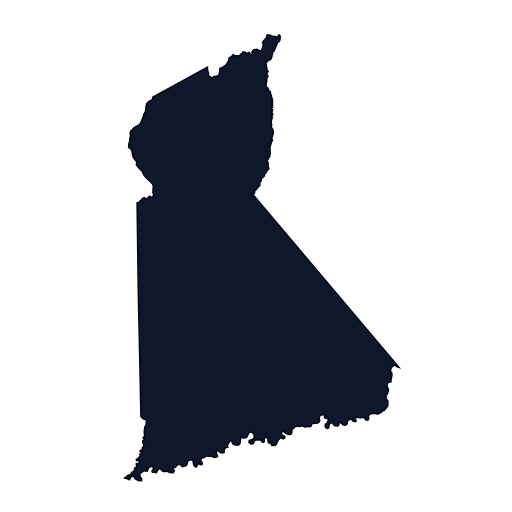 Loncopué, Neuquén, Argentina, rotated 88°
{"feature_id": "61730980B52932124932957", "entity_name": "Loncopué", "entity_type": "district", "adm_level": 2, "iso_a3": "ARG", "parent_name": "Argentina", "parent_adm1": "Neuquén", "projection": "robinson", "projection_center": [-70.351, -38.002], "detail": "fine", "context": "isolated", "style": "filled", "palette": "ink", "viewbox_px": 512, "rotation_deg": 88, "n_neighbors": 0, "source": "geoboundaries", "source_scale": "gbopen_adm2", "svg_char_len": 6063}
<svg xmlns="http://www.w3.org/2000/svg" viewBox="0 0 512 512"><g transform="rotate(88 256 256)"><path d="M36.1,224.6L35.9,225.4L37.7,226.9L38.0,227.6L37.4,228.7L36.9,232.4L35.9,233.9L35.4,237.1L38.4,238.1L41.5,241.1L43.0,242.0L43.7,241.4L46.7,241.7L50.9,243.4L51.7,244.4L50.5,245.8L49.5,248.0L49.9,251.2L52.1,253.0L55.0,252.2L54.3,254.3L52.3,255.8L53.1,257.7L52.8,259.2L52.2,259.4L52.2,260.2L51.5,261.4L51.5,261.8L53.1,262.8L53.6,264.0L54.4,264.4L55.3,266.1L55.0,270.8L53.9,271.7L56.0,273.7L57.1,276.0L60.1,276.4L61.2,277.6L62.8,278.1L63.5,279.2L64.7,280.0L65.3,281.5L66.7,283.0L66.5,283.9L67.4,285.5L73.5,286.4L74.6,288.1L75.3,290.5L75.0,291.0L76.4,294.2L76.3,294.9L75.3,295.4L74.6,296.8L73.9,297.2L71.7,297.1L68.2,298.0L65.6,297.9L93.7,353.7L95.2,353.5L95.9,353.9L97.6,357.4L99.6,359.7L102.6,360.7L107.0,361.1L110.8,363.3L113.1,363.9L119.5,366.8L121.5,369.1L122.3,371.2L124.0,374.0L125.5,375.0L126.5,376.6L127.8,377.3L130.0,377.5L131.0,377.2L131.1,376.7L133.3,377.8L136.9,378.3L139.7,379.2L143.2,379.5L143.6,378.4L145.8,376.6L153.4,375.2L157.9,371.8L160.6,372.4L161.5,371.9L162.1,371.1L164.1,370.0L167.2,366.8L170.6,365.5L172.7,364.1L177.7,359.5L177.8,358.7L178.3,358.7L180.7,356.7L182.6,356.2L189.0,356.9L191.2,356.0L193.6,357.4L193.8,358.6L192.6,359.7L193.1,361.3L195.0,363.0L195.0,363.9L193.8,365.7L194.7,367.8L195.8,368.0L196.7,369.7L198.6,371.4L198.8,373.0L286.6,374.9L412.4,376.6L414.9,374.3L415.4,372.2L417.6,370.7L418.7,371.6L421.1,371.6L423.0,373.1L428.1,373.9L432.2,373.5L433.5,375.2L435.2,374.3L436.0,374.5L436.8,375.6L439.0,375.6L440.6,374.6L442.5,375.0L443.6,376.3L446.2,376.6L446.5,377.0L446.2,377.9L446.5,378.5L447.4,378.7L448.1,377.4L448.7,377.1L449.5,377.5L449.8,378.8L450.3,379.1L451.6,378.5L452.0,378.7L453.3,380.3L454.8,381.4L454.9,382.5L455.6,382.7L456.3,382.5L456.5,382.1L455.8,380.3L456.8,380.1L457.3,379.2L458.5,380.2L459.8,380.4L459.3,382.8L464.2,382.7L464.4,383.2L463.4,384.0L463.6,384.6L466.3,385.1L468.5,388.3L470.1,388.7L470.6,389.6L470.4,391.1L471.9,393.1L472.8,393.5L472.8,394.4L473.2,395.0L474.1,392.4L475.2,390.4L472.4,388.7L471.8,385.5L472.3,385.0L473.9,385.1L475.4,383.1L476.6,380.6L476.5,378.3L475.3,377.9L472.1,379.7L469.5,379.7L466.8,375.7L467.2,372.2L464.3,371.0L462.8,369.2L462.9,366.9L463.9,365.8L464.5,365.7L466.9,367.3L468.0,367.4L468.6,366.8L468.6,364.6L469.1,363.1L466.6,361.8L465.4,360.2L465.0,359.0L467.3,357.4L468.3,355.5L468.0,354.3L468.3,351.7L469.5,349.5L469.7,346.6L468.9,345.7L467.8,345.2L466.5,346.2L465.1,346.3L464.7,345.6L464.6,344.4L463.8,343.4L462.3,342.5L461.5,339.9L462.4,337.9L463.4,337.7L463.9,336.7L463.2,333.7L462.5,332.5L459.6,331.8L458.2,330.8L457.3,327.6L458.3,326.2L462.0,325.6L463.6,324.9L464.8,323.6L464.7,323.2L461.3,320.5L462.8,318.5L462.4,317.2L460.9,316.8L458.5,318.4L456.4,318.2L455.6,314.9L454.2,312.8L454.6,307.5L455.9,304.7L455.2,301.6L454.7,301.4L452.4,302.3L450.3,302.5L448.6,301.2L448.8,300.6L450.0,300.0L451.2,298.4L451.6,296.7L451.4,294.9L447.5,294.1L446.8,293.6L446.1,290.9L444.7,291.1L443.3,290.7L439.7,288.4L440.0,286.9L442.8,285.7L443.5,284.9L444.5,281.7L444.0,279.6L442.4,278.4L437.4,277.9L437.1,276.9L437.4,273.7L437.0,271.8L432.2,269.1L431.8,268.5L431.9,266.7L432.8,265.4L434.1,264.5L436.6,263.8L438.5,264.9L439.7,267.1L439.8,268.6L440.3,269.2L441.9,269.5L443.5,268.1L443.7,266.2L443.4,265.4L440.4,263.7L439.9,262.9L440.0,257.9L441.9,256.5L442.4,255.7L442.4,254.8L441.5,254.2L438.8,254.3L437.9,253.3L437.6,252.3L438.1,251.3L439.3,250.2L440.9,250.5L442.9,250.1L443.3,249.6L443.5,248.0L445.9,246.7L446.0,244.5L445.7,243.4L444.7,242.2L441.3,240.6L439.3,238.8L438.7,237.5L439.7,235.0L439.1,233.9L438.2,233.4L437.1,233.7L436.3,235.5L434.9,236.9L433.5,236.8L432.0,235.5L431.8,234.8L433.0,234.0L434.5,232.1L435.4,230.1L435.5,228.3L435.4,227.5L434.6,226.6L430.7,226.0L428.0,222.9L427.4,220.5L428.0,218.5L427.3,216.3L428.6,212.9L428.7,212.3L427.9,210.8L428.4,209.4L428.2,207.0L426.0,206.5L425.3,204.7L425.1,200.5L424.4,199.0L422.6,198.0L420.6,198.6L418.4,198.1L417.1,196.3L417.1,193.3L417.8,192.9L419.8,193.2L420.5,192.4L421.0,190.1L421.7,189.5L423.1,189.6L425.6,191.0L426.6,192.4L428.4,192.9L430.3,191.9L430.8,191.1L430.7,190.3L430.1,189.2L426.8,188.8L425.3,186.6L425.4,185.3L426.8,184.7L428.5,183.1L428.2,182.2L428.8,180.8L428.5,179.8L427.6,179.1L426.1,179.2L425.2,178.6L426.0,176.8L428.1,174.3L428.1,172.4L426.9,170.8L425.2,170.6L423.7,169.9L422.5,168.0L422.2,166.6L424.5,164.6L425.0,162.5L424.8,161.8L423.5,161.8L421.7,163.0L421.0,162.3L420.8,160.7L421.4,157.1L420.9,155.1L421.6,153.4L423.7,151.8L424.0,150.5L423.8,149.7L422.7,149.1L419.6,149.2L417.8,147.5L417.4,142.9L418.2,140.3L417.9,139.0L416.6,136.2L415.3,135.2L414.7,133.1L410.5,129.6L406.6,129.2L405.4,129.4L403.3,130.8L399.9,131.0L398.2,129.4L394.3,128.2L390.6,129.6L387.9,129.3L387.2,128.6L386.4,125.5L386.0,125.4L384.5,125.4L380.0,124.3L377.8,124.3L376.0,125.7L374.1,125.3L372.6,124.7L371.2,123.7L370.0,121.5L370.1,120.9L371.8,118.5L372.3,117.0L194.5,256.9L192.9,255.3L190.7,254.9L189.2,253.0L188.1,252.4L185.4,249.6L183.2,249.9L181.0,248.2L179.5,248.1L178.4,247.5L176.4,244.9L174.4,244.5L172.5,242.5L170.7,242.2L170.2,240.7L169.2,240.2L165.4,240.9L163.9,240.5L161.3,241.6L157.5,239.2L156.0,238.6L153.6,238.1L148.3,238.4L142.5,236.6L141.2,235.5L139.0,236.1L133.6,234.4L130.6,234.6L127.6,236.3L125.1,235.7L124.2,236.1L122.2,236.1L118.8,235.2L117.9,235.7L117.8,235.0L116.8,235.4L115.8,234.4L114.8,234.3L114.1,234.9L112.7,235.0L110.4,234.3L110.0,234.6L110.0,235.5L107.9,235.0L107.8,234.3L107.2,234.8L105.9,234.1L104.0,234.4L102.8,233.9L101.2,234.5L100.5,234.0L98.6,234.9L98.2,234.6L97.2,235.3L96.6,235.4L96.1,235.0L94.4,236.0L93.0,235.8L91.9,236.3L92.0,237.2L88.5,238.3L87.9,239.4L86.3,240.0L83.1,239.8L82.2,239.2L80.8,239.5L80.5,239.0L79.2,239.3L76.9,237.8L76.3,237.8L74.5,238.8L73.7,238.7L72.6,238.2L72.2,237.5L71.0,237.9L70.2,238.9L68.3,238.5L67.2,239.1L66.2,238.9L63.5,239.5L60.8,236.6L60.2,234.6L59.2,234.8L59.1,233.9L58.3,233.5L52.3,232.0L52.1,231.2L50.5,230.2L43.9,227.2L42.5,226.1L42.5,225.4L42.1,225.0L40.3,224.4L39.6,224.8L38.5,224.0L36.1,224.6Z" fill="#0f172a" stroke="#020617" stroke-width="1.5"/></g></svg>